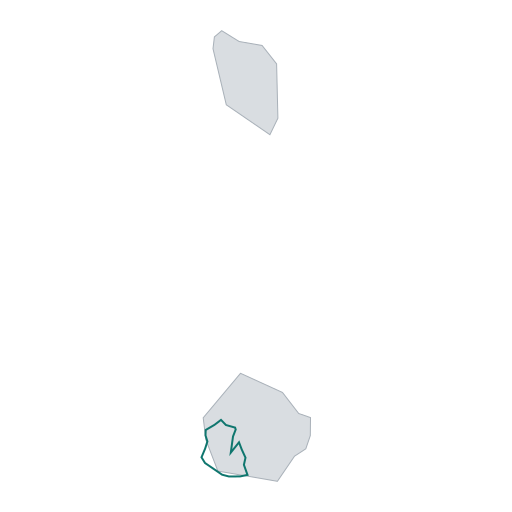 Saint Mary highlighted on a map of Antigua and Barbuda
{"feature_id": "ATG-5097", "entity_name": "Saint Mary", "entity_type": "Parish", "adm_level": 1, "iso_a3": "ATG", "parent_name": "Antigua and Barbuda", "parent_adm1": "", "projection": "natural_earth1", "projection_center": [-61.844, 17.05], "detail": "fine", "context": "in_parent", "style": "outline", "palette": "teal", "viewbox_px": 512, "rotation_deg": 0, "n_neighbors": 0, "source": "natural_earth", "source_scale": "10m", "svg_char_len": 712}
<svg xmlns="http://www.w3.org/2000/svg" viewBox="0 0 512 512"><path d="M294.5,456.2L277.4,481.3L217.9,471.1L205.9,439.8L203.2,417.8L240.5,373.3L282.5,392.5L298.7,413.5L310.5,417.6L310.3,435.6L305.8,448.8L294.5,456.2ZM277.9,118.2L269.9,134.7L226.3,104.8L213.0,48.7L214.4,36.9L221.7,30.7L239.1,41.5L262.1,45.5L276.6,63.9L277.9,118.2Z" fill="#d9dde1" stroke="#a8b0b8" stroke-width="1"/><path d="M247.5,474.9L240.2,476.4L229.0,476.5L222.1,474.7L205.0,463.0L201.5,457.3L205.1,448.7L207.4,441.5L205.5,435.4L205.7,430.0L214.4,424.9L221.0,419.9L225.9,425.0L235.1,427.6L235.7,429.5L233.0,436.5L230.8,452.6L239.0,442.3L241.7,449.4L245.5,457.7L243.9,464.8L247.5,474.9Z" fill="none" stroke="#0f766e" stroke-width="2"/></svg>